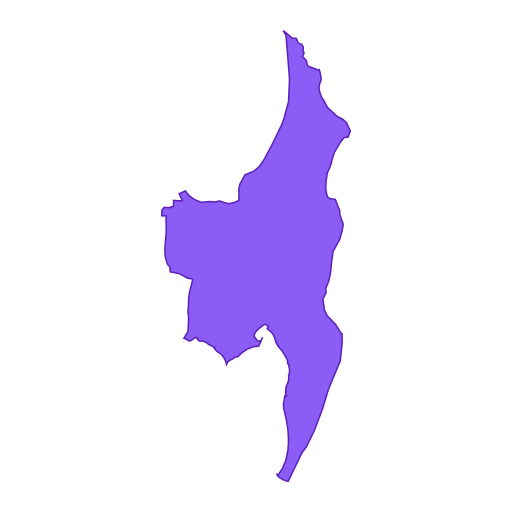 outline of Kotawaringin Barat, Kalimantan Tengah, Indonesia
{"feature_id": "22746128B93777795819955", "entity_name": "Kotawaringin Barat", "entity_type": "district", "adm_level": 2, "iso_a3": "IDN", "parent_name": "Indonesia", "parent_adm1": "Kalimantan Tengah", "projection": "orthographic", "projection_center": [111.727, -2.548], "detail": "fine", "context": "isolated", "style": "filled", "palette": "violet", "viewbox_px": 512, "rotation_deg": 0, "n_neighbors": 0, "source": "geoboundaries", "source_scale": "gbopen_adm2", "svg_char_len": 5766}
<svg xmlns="http://www.w3.org/2000/svg" viewBox="0 0 512 512"><path d="M288.2,481.3L302.0,452.7L306.5,446.7L314.3,430.6L322.4,409.3L328.4,389.4L340.3,360.9L342.1,343.3L342.1,333.9L341.6,334.0L335.7,324.6L327.2,315.7L324.5,310.3L322.9,299.3L326.1,292.5L325.8,288.2L328.8,281.0L330.6,272.6L331.4,263.7L333.0,251.6L339.7,239.5L342.4,229.8L343.2,224.2L339.7,214.2L339.7,210.7L335.3,199.4L329.9,198.7L327.5,196.8L326.3,192.8L325.8,189.0L325.8,185.4L326.1,181.1L326.7,177.2L327.0,174.6L327.3,173.4L327.8,171.8L329.4,168.4L330.1,166.3L331.6,162.7L331.8,160.3L334.4,152.4L339.9,143.0L343.8,137.8L347.6,137.0L348.2,137.1L350.3,131.0L346.5,122.6L342.8,119.3L336.9,116.2L327.5,107.4L323.6,100.1L322.3,98.3L321.2,96.3L320.2,93.4L319.3,90.0L319.0,87.0L319.6,84.1L321.2,79.7L320.8,76.5L320.1,72.7L319.3,69.7L317.5,69.7L308.1,66.1L307.1,64.6L306.5,60.7L302.4,56.4L303.8,53.9L304.0,52.5L303.0,50.8L303.4,47.5L303.0,46.5L301.8,44.4L298.1,43.0L297.3,40.5L296.1,38.3L292.2,38.1L285.7,32.5L283.2,30.7L286.0,35.3L288.9,71.1L289.5,79.5L288.5,101.8L283.7,119.3L281.9,124.2L271.4,146.0L263.8,160.0L259.1,166.7L253.7,171.2L245.0,174.8L239.8,184.3L239.2,187.3L238.7,189.1L239.0,193.1L238.8,200.5L234.2,202.5L229.1,203.7L224.8,202.7L219.6,200.9L215.2,202.0L210.2,201.5L201.3,202.3L194.3,199.5L188.8,195.3L185.4,190.9L179.2,193.7L182.4,200.8L180.1,200.7L178.5,200.9L178.1,200.7L173.6,200.4L173.5,206.6L171.2,206.7L171.0,207.5L163.9,207.5L163.3,208.5L163.3,209.1L162.3,209.3L162.0,210.0L161.7,215.8L166.0,215.9L166.2,228.2L166.2,232.8L165.1,245.3L164.9,250.6L165.1,253.7L165.0,254.7L165.5,257.5L166.3,260.5L167.2,263.4L167.6,264.4L168.4,265.6L169.7,266.5L170.2,271.1L170.1,271.8L179.8,273.8L187.4,278.2L192.0,278.9L192.6,279.9L189.4,292.9L188.6,298.6L188.5,303.2L188.6,304.2L187.9,311.6L188.6,317.4L188.1,331.2L183.9,338.3L184.9,338.6L186.7,339.5L188.7,340.8L189.3,341.0L189.8,341.0L191.4,340.2L193.5,338.9L195.1,337.6L195.3,337.3L195.6,337.3L196.5,337.7L196.7,338.2L196.9,338.3L197.3,338.3L197.1,338.7L197.6,338.9L198.0,339.2L198.2,339.6L198.0,340.1L198.4,340.5L199.6,341.0L202.9,341.3L205.3,342.0L206.1,342.5L208.9,344.6L212.2,346.2L213.5,347.1L214.1,347.7L214.3,347.7L214.3,348.0L214.6,348.2L214.6,348.3L214.7,348.6L214.8,348.9L215.0,348.8L215.0,349.2L215.2,349.3L215.3,349.7L215.7,349.9L217.1,351.6L220.6,353.8L221.3,354.3L221.8,354.9L223.5,357.2L224.8,359.5L225.8,361.6L226.3,363.7L226.4,364.4L226.5,364.6L227.2,362.9L227.7,362.1L228.3,361.4L229.1,360.8L230.7,359.8L232.1,359.2L233.2,358.6L233.8,358.0L235.1,357.2L236.7,356.7L237.4,356.8L237.6,356.6L238.1,356.5L239.6,355.0L239.7,354.8L240.0,354.7L240.1,354.4L240.4,354.1L241.3,353.5L241.7,353.2L242.2,352.7L242.2,352.4L243.2,351.8L243.9,351.6L244.6,350.9L245.3,350.5L245.2,350.4L245.4,350.3L245.6,350.1L246.6,349.5L247.6,349.0L248.8,348.6L250.8,347.7L252.6,346.9L254.3,346.6L257.6,346.4L258.9,346.0L259.1,345.6L259.2,344.9L259.9,343.7L260.1,343.2L260.7,342.0L260.6,341.9L260.4,342.4L261.9,338.6L262.6,337.8L262.7,337.5L261.9,338.4L261.7,339.0L260.7,340.9L260.3,340.9L259.9,340.8L259.6,341.0L259.1,341.1L258.4,341.0L257.6,340.7L256.6,339.9L255.9,338.6L255.0,337.7L254.7,337.1L254.7,336.9L254.4,336.6L254.4,336.3L254.1,336.0L254.1,335.1L255.3,332.6L256.8,330.6L257.7,329.7L259.0,328.6L259.1,328.4L259.4,328.3L259.7,327.9L260.0,327.8L260.6,327.3L261.4,326.8L261.9,326.3L264.0,324.8L265.2,324.3L268.4,326.3L267.3,328.1L267.2,328.5L267.2,328.8L270.4,331.3L272.3,333.3L272.8,334.1L272.9,334.4L273.4,335.0L274.8,338.3L275.7,341.7L275.9,342.1L276.0,342.1L275.9,342.2L276.0,342.5L276.5,343.5L276.7,343.8L276.9,343.9L276.8,344.0L277.0,344.2L277.0,344.4L277.7,345.0L277.7,345.3L278.1,345.8L278.1,346.2L278.3,346.2L278.3,346.4L278.4,346.5L278.6,346.7L278.9,347.1L279.2,347.4L279.3,347.7L280.1,348.5L280.4,349.0L281.2,349.8L282.5,351.6L285.1,355.8L287.1,359.5L287.5,360.8L287.4,361.0L287.6,360.8L287.7,361.3L287.8,361.6L287.7,361.7L287.8,361.8L287.6,362.2L287.8,362.4L287.5,362.8L287.5,363.1L287.7,363.4L287.8,363.4L287.8,363.6L288.1,363.8L288.2,364.1L288.5,364.5L289.2,366.3L288.9,366.6L289.0,366.8L288.9,366.9L289.3,368.0L289.3,368.6L289.3,368.8L289.5,369.1L289.4,369.3L289.5,369.5L289.5,369.8L289.6,370.2L289.5,370.6L289.6,370.8L289.6,371.2L289.7,371.3L289.4,372.7L289.1,373.1L289.3,373.6L289.0,374.5L289.2,374.9L288.8,375.4L288.5,375.5L288.5,375.9L288.7,376.3L288.6,377.3L288.6,377.5L288.7,378.5L288.6,379.2L288.4,380.5L288.4,381.5L288.2,381.6L288.0,382.4L287.8,382.5L287.9,382.9L287.7,383.0L287.2,384.4L286.2,386.3L286.1,387.0L286.3,387.2L286.4,387.3L286.1,387.4L286.0,387.7L285.7,388.7L285.8,389.7L285.7,390.5L285.9,391.0L285.7,391.0L285.6,391.3L285.8,391.4L285.8,391.7L285.6,391.8L285.6,392.1L285.7,392.4L285.9,392.5L286.0,393.0L285.6,393.2L285.7,394.0L285.6,394.6L285.4,395.3L285.4,395.6L285.6,395.8L285.3,395.5L285.1,395.7L285.7,396.0L285.5,396.5L285.3,396.2L285.1,396.1L284.8,396.2L285.1,396.0L284.8,396.0L285.2,395.9L284.9,395.8L284.7,396.0L284.4,399.3L284.0,401.3L284.1,401.5L283.9,401.6L283.6,402.4L283.6,403.1L283.4,405.9L283.9,407.8L283.8,408.6L284.0,409.7L284.6,411.9L285.1,413.0L284.9,413.0L284.8,412.5L284.9,413.7L285.6,416.4L285.8,417.6L286.3,419.7L286.4,419.8L286.3,420.0L286.8,422.6L287.1,424.5L287.3,425.6L287.8,428.6L288.1,432.3L288.2,432.6L288.2,432.9L288.1,433.6L288.4,437.5L288.4,444.9L288.2,446.0L287.9,450.4L287.5,452.4L287.6,452.6L287.4,452.9L287.5,452.9L287.4,453.2L286.9,455.6L286.5,457.0L286.5,457.5L286.0,459.3L285.8,459.9L285.8,460.3L285.1,462.1L285.2,462.4L284.5,463.6L284.0,464.4L283.1,467.2L281.5,469.9L280.7,470.9L280.2,471.8L279.7,472.7L278.2,474.8L278.2,475.1L277.8,474.8L277.7,474.8L277.2,474.7L277.2,474.3L276.9,474.2L276.8,474.5L277.5,475.7L278.9,477.2L279.7,477.8L280.2,478.0L282.5,479.4L283.2,479.8L283.6,479.8L284.0,480.1L285.8,480.8L288.2,481.3Z" fill="#8b5cf6" stroke="#5b21b6" stroke-width="1.5"/></svg>